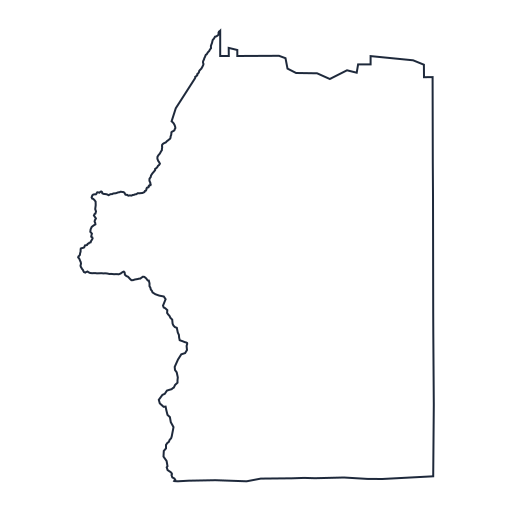 the district of Josephine, Oregon, United States of America
{"feature_id": "52423323B30410916636748", "entity_name": "Josephine", "entity_type": "district", "adm_level": 2, "iso_a3": "USA", "parent_name": "United States of America", "parent_adm1": "Oregon", "projection": "equal_earth", "projection_center": [-123.844, 42.39], "detail": "fine", "context": "isolated", "style": "outline", "palette": "slate", "viewbox_px": 512, "rotation_deg": 0, "n_neighbors": 0, "source": "geoboundaries", "source_scale": "gbopen_adm2", "svg_char_len": 4882}
<svg xmlns="http://www.w3.org/2000/svg" viewBox="0 0 512 512"><path d="M174.2,481.0L174.5,481.1L177.7,481.3L188.6,480.7L215.4,480.2L218.3,480.3L246.6,481.3L260.8,478.6L292.3,478.3L304.3,477.9L307.5,478.0L314.5,478.2L315.8,478.2L343.9,477.5L367.2,478.9L382.2,479.0L433.2,476.3L433.8,405.0L433.3,334.4L433.2,312.0L433.2,308.9L433.0,195.1L432.8,163.0L432.6,77.1L424.0,77.2L423.9,64.7L413.1,60.3L370.6,56.1L370.6,64.4L358.1,64.4L356.7,72.7L347.0,70.3L329.8,79.0L317.1,73.3L296.1,73.0L287.5,68.6L285.5,58.2L279.0,55.8L237.3,56.0L237.3,50.0L228.7,47.9L228.8,56.0L220.2,56.0L220.2,30.7L220.0,30.9L219.0,31.6L218.5,32.8L218.6,34.5L217.8,35.4L216.3,36.4L215.0,36.7L214.4,37.8L213.8,38.8L212.8,39.8L212.4,41.2L212.0,43.0L211.4,44.5L210.9,46.0L211.0,48.2L209.9,49.6L209.2,51.0L208.0,52.2L207.4,53.1L206.7,54.3L205.8,54.8L205.3,56.0L204.9,57.1L204.2,58.4L204.1,59.2L203.7,60.0L203.4,60.6L203.1,61.3L203.0,62.3L203.1,63.0L203.4,63.6L203.4,64.6L202.8,65.9L202.4,66.8L201.9,67.5L201.5,68.5L201.2,68.7L200.8,69.2L199.9,70.1L199.3,70.8L198.9,72.3L198.2,73.4L197.6,73.7L197.2,74.2L197.3,74.7L197.2,75.4L196.4,76.0L195.2,76.9L195.3,77.6L195.0,78.3L182.5,97.8L175.8,108.2L171.6,121.3L172.5,122.1L173.7,123.4L174.7,125.3L175.3,127.3L175.3,128.3L174.7,129.2L174.4,130.3L173.5,131.0L172.3,131.5L171.4,132.3L171.4,133.0L171.2,134.9L170.6,136.4L170.5,137.9L169.8,139.0L168.8,139.7L168.0,140.4L166.9,141.2L165.7,142.5L164.6,142.9L163.8,143.3L162.9,143.9L162.1,144.9L162.0,146.4L162.2,147.0L162.1,147.8L161.9,148.9L161.9,150.1L160.9,151.6L160.4,152.6L159.6,153.9L158.5,155.1L157.5,156.7L157.4,157.6L157.4,158.8L157.9,160.1L158.2,160.9L159.2,162.3L159.9,163.7L159.1,165.0L158.0,165.8L157.5,166.8L156.7,167.8L156.2,168.2L155.1,169.0L155.1,170.2L154.6,170.8L153.6,172.0L152.3,173.5L151.8,174.3L151.0,175.5L150.7,177.1L150.0,178.0L149.5,178.7L149.4,180.3L149.6,181.3L150.0,182.0L150.4,183.1L150.3,183.9L150.7,184.4L150.5,185.2L149.7,185.3L149.1,185.5L148.7,186.1L148.9,186.4L148.5,187.3L147.0,187.7L146.5,188.5L146.5,189.1L146.3,189.8L145.9,190.6L144.9,191.0L144.4,192.1L143.5,192.5L142.4,193.0L141.1,193.1L139.5,193.3L137.8,193.2L136.3,194.2L134.9,194.4L133.8,194.9L132.6,195.0L131.6,195.6L129.7,195.4L128.5,195.7L127.4,195.2L127.3,194.9L126.6,194.8L125.5,194.7L124.8,193.5L124.4,192.7L123.5,192.1L122.4,192.0L120.7,191.7L119.6,192.2L118.1,192.4L116.3,193.1L115.4,193.3L114.1,193.4L113.2,193.5L112.2,194.1L110.4,194.2L108.6,195.2L107.5,194.6L106.7,194.3L105.6,194.1L103.6,193.9L102.3,193.3L102.1,192.4L101.9,191.9L101.3,191.5L100.7,191.6L100.0,192.2L99.3,192.7L99.0,192.5L97.3,192.3L96.7,193.1L96.4,193.8L95.9,194.3L94.5,194.3L93.2,194.6L92.3,195.4L91.6,197.4L92.2,198.6L93.1,198.8L94.3,199.9L95.6,201.6L95.7,205.2L95.2,209.1L96.0,211.4L95.4,213.6L94.6,214.0L93.9,215.5L95.2,217.4L95.9,218.4L95.3,219.6L94.9,220.1L94.6,221.6L95.2,222.9L95.4,224.4L93.8,225.3L91.7,226.9L90.6,229.4L90.3,231.8L91.9,233.6L91.5,235.1L91.2,236.7L91.7,237.2L92.3,237.4L92.6,238.4L92.2,239.3L91.2,240.8L90.6,242.4L89.3,242.7L88.7,243.5L87.7,243.8L87.0,245.0L85.8,245.3L85.0,245.4L84.6,246.3L84.2,247.4L82.9,247.9L81.9,248.1L80.8,248.5L80.6,249.7L80.6,251.5L80.4,252.3L80.1,253.2L80.0,254.0L79.9,254.9L78.8,256.2L78.4,256.5L78.2,257.5L79.1,258.4L79.5,259.2L80.1,260.8L80.7,262.0L81.0,263.6L80.5,265.8L81.0,267.2L81.5,267.9L82.0,268.9L82.9,269.9L83.4,271.1L84.0,272.1L85.3,272.6L85.8,272.2L87.5,271.5L88.6,272.3L90.1,273.0L92.1,273.2L95.2,273.1L96.6,273.3L98.5,273.3L101.5,273.2L103.3,273.4L105.5,273.3L107.2,273.5L109.5,274.0L111.2,273.9L114.0,274.2L116.7,274.1L118.7,274.3L120.7,273.5L121.7,272.7L122.8,272.0L123.8,271.6L124.6,272.4L124.9,274.7L126.3,276.0L128.1,276.8L129.9,278.8L131.4,280.2L132.2,280.2L133.2,280.1L134.9,279.5L137.9,279.0L138.8,278.7L139.8,278.6L140.3,278.6L141.3,277.8L142.9,276.7L144.4,276.9L146.3,278.5L147.0,279.6L148.0,280.6L148.8,280.6L149.5,283.3L149.5,286.2L150.4,287.7L150.8,289.5L152.0,291.0L152.5,292.4L155.3,294.2L159.2,295.6L163.8,296.5L165.6,299.2L163.8,303.7L163.0,305.6L163.7,307.5L165.2,308.2L167.3,310.1L167.1,312.9L168.1,314.4L169.5,315.9L170.4,317.8L172.2,319.6L172.6,323.7L173.4,325.5L174.9,327.1L176.8,327.8L177.8,332.6L178.9,334.9L179.1,337.5L179.7,340.2L182.8,341.3L184.7,342.1L186.2,342.5L187.1,343.0L187.2,343.9L186.6,345.9L186.8,348.2L187.0,350.0L185.1,353.1L181.3,354.3L178.0,359.5L174.7,366.9L175.0,370.0L176.7,372.3L177.8,377.4L177.5,380.3L177.5,382.7L175.1,384.9L173.8,387.6L172.7,388.2L171.6,389.2L169.4,389.8L166.9,390.6L164.8,393.8L162.4,394.9L158.8,399.8L159.8,403.4L163.6,406.8L165.6,406.6L166.3,410.1L167.5,414.9L169.9,417.1L170.8,422.2L173.5,427.1L172.9,430.4L171.7,436.5L171.1,438.3L169.7,439.8L168.8,441.9L167.3,443.0L166.0,444.9L166.0,448.4L163.8,450.9L163.5,456.6L166.6,461.0L167.5,466.2L166.7,467.3L167.6,470.1L170.2,471.8L171.3,472.7L172.0,474.0L171.5,475.0L172.3,477.4L174.4,478.5L175.2,479.8L174.4,480.7L174.2,481.0Z" fill="none" stroke="#1e293b" stroke-width="2"/></svg>